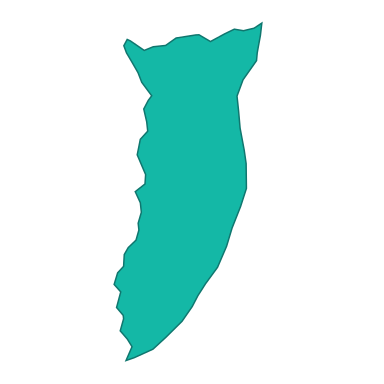 Akapnou, Limassol, Cyprus, rotated 84°
{"feature_id": "46923920B88661960336096", "entity_name": "Akapnou", "entity_type": "district", "adm_level": 2, "iso_a3": "CYP", "parent_name": "Cyprus", "parent_adm1": "Limassol", "projection": "mercator", "projection_center": [33.196, 34.842], "detail": "fine", "context": "isolated", "style": "filled", "palette": "teal", "viewbox_px": 384, "rotation_deg": 84, "n_neighbors": 0, "source": "geoboundaries", "source_scale": "gbopen_adm2", "svg_char_len": 1054}
<svg xmlns="http://www.w3.org/2000/svg" viewBox="0 0 384 384"><g transform="rotate(84 192 192)"><path d="M33.5,240.5L39.4,244.5L46.8,242.6L55.3,238.7L67.7,233.2L77.7,230.5L92.1,222.0L96.3,225.9L104.4,231.3L117.6,229.7L126.9,229.7L134.2,237.9L140.7,239.9L149.3,242.6L169.8,236.3L179.1,237.9L185.7,248.4L197.3,244.5L206.9,244.5L217.4,248.8L224.3,248.8L234.0,252.7L240.6,261.2L247.1,265.9L258.8,267.8L264.6,274.4L275.8,279.1L283.9,273.3L299.0,279.1L307.5,273.3L311.0,273.3L322.6,277.9L325.3,276.0L331.5,271.7L339.6,267.8L350.7,274.1L352.7,275.2L350.8,267.0L344.2,247.2L337.5,238.2L333.8,233.2L319.5,215.4L305.9,203.7L295.6,196.9L290.4,192.7L284.7,188.2L269.6,174.5L249.6,163.3L232.0,155.9L211.5,145.2L194.1,137.5L169.4,135.2L156.0,135.7L133.5,137.5L116.2,137.2L101.3,137.2L85.7,129.5L68.1,114.1L60.5,112.6L55.6,111.2L43.4,107.6L31.3,104.9L35.6,113.2L36.4,119.6L37.0,123.9L34.5,132.9L38.1,142.9L44.3,157.9L36.4,168.6L36.2,171.8L37.2,191.7L43.5,202.9L43.5,215.4L46.2,224.7L35.3,237.5L33.5,240.5Z" fill="#14b8a6" stroke="#0f766e" stroke-width="1.5"/></g></svg>